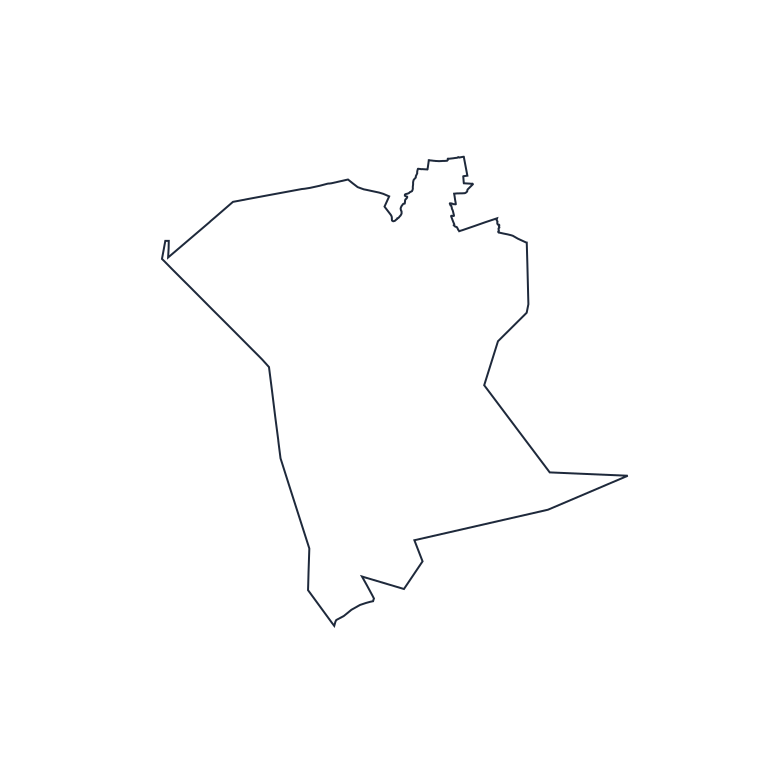 outline of Santa Bárbara, Chihuahua, Mexico, rotated 296°
{"feature_id": "50627088B80786091806362", "entity_name": "Santa Bárbara", "entity_type": "district", "adm_level": 2, "iso_a3": "MEX", "parent_name": "Mexico", "parent_adm1": "Chihuahua", "projection": "mercator", "projection_center": [-105.704, 26.798], "detail": "fine", "context": "isolated", "style": "outline", "palette": "slate", "viewbox_px": 768, "rotation_deg": 296, "n_neighbors": 0, "source": "geoboundaries", "source_scale": "gbopen_adm2", "svg_char_len": 4714}
<svg xmlns="http://www.w3.org/2000/svg" viewBox="0 0 768 768"><g transform="rotate(296 384 384)"><path d="M409.3,126.8L399.1,129.6L398.2,132.3L394.3,143.3L389.7,156.6L385.1,170.1L384.8,170.9L375.4,197.9L375.2,198.5L370.2,213.1L363.7,231.9L357.6,249.4L353.6,261.0L353.1,262.4L352.6,263.8L348.8,273.2L329.0,286.2L306.4,300.9L287.3,313.5L286.1,314.2L285.6,314.6L285.2,314.8L271.8,323.6L268.9,326.4L252.5,342.0L203.4,389.0L181.7,398.7L171.4,403.4L165.4,406.1L146.4,442.1L144.8,445.3L149.3,444.5L151.0,444.6L157.9,449.6L166.8,453.7L174.9,459.3L179.4,463.9L182.3,467.2L184.0,469.4L185.6,469.1L186.8,469.0L188.8,466.3L195.7,456.7L201.3,448.6L208.5,491.8L241.5,496.4L256.9,479.8L342.9,586.5L408.4,643.3L377.2,571.7L400.1,526.8L402.2,522.7L426.8,474.6L472.4,467.7L510.6,481.0L519.0,478.8L554.8,460.2L573.7,450.3L573.5,449.7L573.3,440.6L573.7,434.8L573.4,432.9L572.7,429.6L571.6,425.4L570.9,422.5L570.6,421.3L570.5,421.0L570.4,420.7L570.6,420.2L570.9,419.9L571.3,419.9L571.6,419.9L571.9,420.1L572.1,420.0L572.4,419.9L572.7,419.6L573.2,419.2L573.9,418.8L574.4,418.8L574.9,419.1L575.2,419.1L575.5,418.9L575.7,418.5L575.9,418.3L576.2,418.2L576.8,418.2L577.4,417.9L577.6,417.4L577.5,417.1L577.2,416.9L577.2,416.5L577.7,415.7L577.9,415.5L578.3,415.3L578.9,415.0L579.4,414.9L579.9,414.7L580.1,414.4L580.3,413.8L580.5,413.5L580.9,413.3L581.4,413.2L582.5,413.0L573.9,404.2L565.9,396.3L556.2,386.6L555.9,386.2L554.3,384.6L554.7,384.1L554.9,383.5L555.3,382.9L555.8,382.3L556.7,381.1L556.9,380.7L556.9,380.1L556.8,379.8L556.8,379.5L556.7,379.1L557.0,377.9L557.2,377.3L557.3,377.1L557.8,377.3L558.1,377.3L558.4,377.1L559.5,375.8L561.6,373.5L564.2,370.8L564.4,370.7L564.7,370.8L565.3,372.2L565.6,373.0L565.9,373.1L566.3,372.9L567.6,371.8L569.1,370.6L570.4,369.4L570.9,368.7L571.3,368.2L572.4,367.5L573.3,366.6L573.8,366.3L573.8,366.2L573.7,365.8L573.7,365.5L573.9,365.3L574.2,365.2L574.5,364.9L574.7,364.3L574.9,364.1L575.2,364.1L575.3,364.1L575.5,364.5L575.8,365.3L576.0,366.2L576.1,367.6L576.9,369.6L577.1,369.7L577.3,369.6L578.5,368.8L580.8,367.1L583.6,365.2L585.8,363.6L587.2,365.9L588.5,368.4L589.6,370.6L590.9,372.9L591.3,373.3L591.9,373.7L592.8,374.1L593.4,374.3L593.7,374.3L594.3,374.1L594.7,374.0L595.0,373.9L595.5,373.9L595.8,374.0L602.4,376.3L602.8,375.9L602.8,375.6L602.5,375.2L602.2,374.5L602.0,374.1L601.8,373.5L601.5,372.8L599.5,368.0L599.4,367.8L599.6,367.6L605.4,364.2L605.5,364.2L605.6,364.3L607.8,367.6L623.2,356.1L623.1,355.8L620.5,352.3L620.5,352.1L620.5,351.9L620.6,351.7L620.5,351.4L620.4,351.2L620.0,351.1L619.8,351.0L619.1,350.1L618.3,348.8L617.3,347.4L614.9,343.6L614.7,343.4L614.7,342.9L614.6,342.7L614.4,342.6L614.0,342.7L613.7,342.9L613.4,343.1L613.1,343.1L612.7,342.9L612.3,342.8L611.3,341.1L610.9,340.3L610.0,338.6L609.9,338.4L609.7,338.1L609.4,337.6L609.1,337.0L608.8,336.5L608.3,335.6L608.1,334.9L607.7,334.1L607.5,333.6L607.1,332.8L607.0,332.3L606.4,330.8L605.9,329.3L605.3,327.7L605.0,327.1L605.0,326.6L605.0,326.3L604.8,326.1L604.6,326.2L604.4,326.3L604.2,326.4L603.8,326.5L602.6,326.9L601.4,327.3L599.2,328.0L598.0,328.4L596.2,328.9L596.0,329.0L595.7,328.8L595.6,328.3L595.4,327.7L595.1,327.1L594.8,326.4L594.4,325.4L593.9,324.2L593.3,323.1L593.2,322.6L593.1,322.2L592.9,321.7L592.7,321.2L592.6,320.9L592.4,320.3L592.3,320.2L592.0,320.2L589.9,320.6L588.8,321.0L587.9,321.5L584.8,321.5L583.6,322.0L583.2,322.0L582.7,321.8L581.0,321.3L580.2,321.2L578.1,321.7L576.3,322.6L573.7,323.5L572.2,324.3L570.9,324.6L569.6,324.6L568.9,324.1L567.8,323.2L566.5,322.7L565.4,321.7L564.5,320.6L563.9,320.0L563.4,319.8L562.8,320.0L562.4,320.2L562.3,320.9L562.4,322.0L562.5,322.7L562.2,322.9L561.9,323.0L561.0,323.0L560.2,322.8L559.5,322.4L559.0,322.4L558.4,322.4L557.0,323.0L555.9,323.3L555.4,323.5L555.2,323.5L555.0,323.2L554.6,322.6L554.2,322.3L553.5,322.1L553.0,322.1L551.9,321.8L550.1,321.8L548.8,322.1L548.2,322.6L547.3,323.3L547.0,324.0L546.1,324.5L544.8,325.1L543.6,325.1L542.5,325.0L541.5,324.6L540.7,324.5L539.7,324.2L539.2,323.8L539.0,323.5L538.7,323.3L538.2,323.5L538.0,323.4L536.9,322.8L535.9,322.5L535.8,322.4L535.6,322.3L534.9,321.7L534.3,320.9L534.3,320.1L534.5,319.5L535.1,319.1L536.2,318.5L537.0,318.1L537.6,317.7L538.3,317.0L539.0,316.0L543.4,307.2L543.7,306.7L554.9,306.4L554.6,300.0L553.9,295.7L550.7,282.7L550.1,280.5L549.4,273.9L549.5,273.6L550.7,267.7L552.0,262.0L541.4,248.8L540.4,247.3L540.1,246.7L539.8,246.2L539.1,245.2L538.2,244.2L536.3,242.0L533.9,239.2L527.9,231.6L525.0,227.5L524.4,226.6L523.3,224.8L503.2,197.6L490.6,180.6L489.1,178.6L488.3,177.6L487.3,176.2L484.6,172.6L481.5,168.4L468.4,162.8L459.5,159.0L457.7,158.2L454.0,156.6L453.3,156.4L431.5,146.9L403.1,134.5L411.4,131.0L418.3,127.8L416.8,124.7L409.6,126.7L409.3,126.8Z" fill="none" stroke="#1e293b" stroke-width="2"/></g></svg>